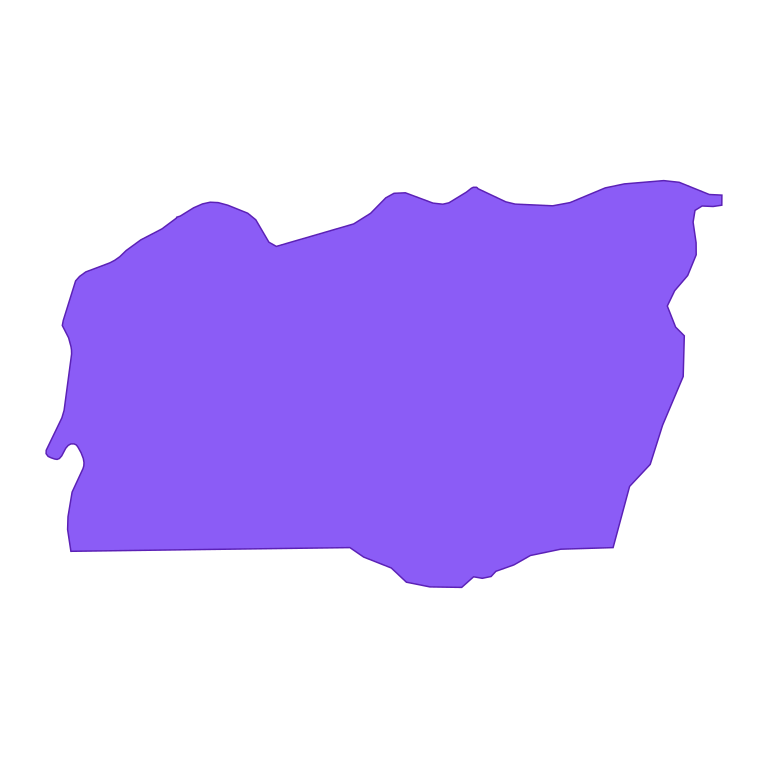 the border of Mali
{"feature_id": "GIN-5652", "entity_name": "Mali", "entity_type": "Prefecture", "adm_level": 1, "iso_a3": "GIN", "parent_name": "Guinea", "parent_adm1": "", "projection": "robinson", "projection_center": [-12.225, 12.042], "detail": "fine", "context": "isolated", "style": "filled", "palette": "violet", "viewbox_px": 768, "rotation_deg": 0, "n_neighbors": 0, "source": "natural_earth", "source_scale": "10m", "svg_char_len": 1418}
<svg xmlns="http://www.w3.org/2000/svg" viewBox="0 0 768 768"><path d="M663.7,180.6L679.2,182.3L709.3,194.5L721.9,195.1L721.8,205.2L713.1,206.5L702.1,206.0L695.0,210.4L693.1,222.1L696.1,242.8L696.2,254.8L687.7,275.5L674.7,290.7L667.3,306.0L675.6,327.1L684.3,335.8L683.2,376.5L662.6,425.2L650.2,464.4L629.6,486.4L618.6,527.2L613.1,547.6L560.7,549.2L530.4,555.5L513.9,564.9L495.9,571.3L491.1,576.5L482.3,578.3L473.6,576.8L461.7,587.4L429.8,586.9L406.4,582.2L391.3,568.0L363.7,557.1L349.9,547.6L296.2,548.3L212.2,549.4L70.9,551.3L67.6,529.5L68.0,516.7L72.1,492.1L83.0,468.6L83.8,465.9L84.0,462.6L83.3,458.5L81.1,452.8L78.0,447.2L76.4,445.0L74.1,443.9L70.9,443.9L68.2,445.4L65.7,448.3L61.7,455.9L59.4,458.5L57.1,459.4L54.6,459.0L51.1,457.8L48.1,456.4L46.1,453.7L46.2,450.3L61.9,417.8L64.1,410.3L71.6,354.0L71.5,350.0L71.0,346.7L68.6,337.8L62.3,325.5L63.3,320.3L75.6,280.9L79.6,276.4L85.8,271.9L109.7,262.9L114.7,260.3L119.8,256.7L126.2,250.5L140.9,239.8L161.9,228.9L176.4,218.1L176.7,217.2L180.2,216.1L193.6,207.8L202.5,203.9L210.2,202.2L218.2,202.6L227.8,205.2L247.7,213.2L255.8,219.8L268.9,242.2L276.3,246.4L353.7,223.9L370.6,213.3L385.8,197.8L394.0,193.3L405.4,192.8L433.0,203.1L442.8,204.2L448.9,202.8L466.3,192.2L471.4,188.2L473.3,187.3L476.5,187.3L477.4,187.9L478.0,188.7L505.7,201.8L515.2,204.1L552.7,205.8L570.0,202.6L605.2,187.9L624.3,183.9L663.7,180.6Z" fill="#8b5cf6" stroke="#5b21b6" stroke-width="1.5"/></svg>